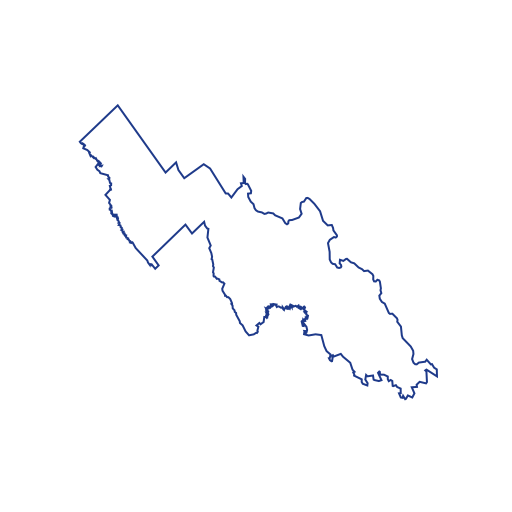 Kurmenes pag., Vecumnieku, Latvia, rotated 243°
{"feature_id": "27541924B36001401326835", "entity_name": "Kurmenes pag.", "entity_type": "district", "adm_level": 2, "iso_a3": "LVA", "parent_name": "Latvia", "parent_adm1": "Vecumnieku", "projection": "robinson", "projection_center": [24.833, 56.463], "detail": "fine", "context": "isolated", "style": "outline", "palette": "blue", "viewbox_px": 512, "rotation_deg": 243, "n_neighbors": 0, "source": "geoboundaries", "source_scale": "gbopen_adm2", "svg_char_len": 6107}
<svg xmlns="http://www.w3.org/2000/svg" viewBox="0 0 512 512"><g transform="rotate(243 256 256)"><path d="M453.0,201.2L437.8,150.9L436.0,151.2L434.8,151.9L435.2,152.5L434.3,153.1L433.1,153.0L433.1,153.6L432.2,153.9L431.5,152.8L431.5,152.0L430.4,151.0L427.0,153.8L423.9,154.9L423.7,154.2L420.5,154.0L420.9,154.6L417.5,155.8L417.9,156.2L415.7,157.0L415.8,157.7L412.5,157.8L411.4,158.2L412.1,158.8L411.8,159.0L409.0,159.8L408.7,159.0L409.3,158.8L408.6,158.3L407.2,159.0L406.8,158.3L406.4,159.6L406.0,159.0L406.0,158.8L408.3,157.3L409.8,157.1L408.1,153.5L404.9,153.8L402.6,155.0L400.5,154.9L395.1,160.8L393.9,160.3L392.2,160.9L391.1,160.1L391.4,159.5L390.1,159.8L387.4,159.1L386.4,159.9L384.8,159.0L384.9,157.6L381.9,156.9L381.3,155.7L381.3,157.0L380.9,156.9L381.0,155.6L378.8,149.6L372.3,151.3L370.0,149.2L366.7,149.8L366.6,149.0L365.9,148.8L365.1,149.2L365.8,149.7L364.9,149.4L364.6,149.1L365.2,148.4L364.8,147.2L363.7,146.7L363.1,147.3L361.8,147.3L361.7,148.0L360.2,147.5L360.5,146.9L359.7,146.4L357.9,147.1L356.7,146.7L356.0,147.3L357.3,147.8L355.1,148.8L356.8,149.2L356.1,150.6L353.4,149.5L353.2,150.3L352.0,150.1L351.7,149.6L352.3,149.2L350.8,148.9L350.3,149.4L348.5,149.3L348.0,148.6L347.4,149.4L346.3,148.7L345.9,147.8L344.7,149.1L343.5,148.8L343.9,148.2L342.1,149.2L341.3,148.6L340.5,149.0L340.2,148.0L339.6,148.5L338.3,148.1L337.8,149.0L337.2,148.2L336.3,148.7L336.0,148.1L335.5,148.4L335.6,149.1L334.3,149.0L333.9,148.4L333.0,148.7L333.0,149.5L331.4,148.7L329.9,150.0L329.2,149.3L328.5,150.1L327.0,150.0L326.4,150.7L325.8,150.8L325.2,149.9L324.2,150.8L324.4,152.0L324.0,152.2L317.7,152.4L301.3,157.1L299.3,156.8L296.3,157.3L296.8,157.6L296.7,158.2L295.3,158.8L295.6,159.3L290.4,160.4L291.8,165.0L302.5,163.4L316.0,207.4L305.1,209.2L310.0,225.3L306.3,224.4L302.7,225.0L301.8,225.9L294.5,221.1L285.9,220.4L284.2,217.9L278.8,217.5L275.2,216.5L273.4,215.0L272.7,215.4L267.9,214.1L266.5,213.1L264.9,213.2L261.0,210.3L259.8,210.4L257.5,209.1L256.8,209.2L256.2,210.2L253.5,210.7L253.4,211.4L251.8,212.7L250.5,212.2L247.8,213.8L247.5,214.7L245.7,215.3L242.1,211.0L240.2,210.4L235.7,210.8L234.6,210.4L234.3,211.2L232.5,211.5L231.8,212.7L229.4,213.5L224.8,213.2L224.2,212.9L224.3,212.3L222.5,212.6L219.9,211.5L217.4,212.2L215.8,211.7L214.3,212.4L212.6,211.7L205.3,211.9L203.6,211.3L200.3,212.6L193.5,212.5L188.5,213.8L187.2,218.4L187.5,221.4L187.0,221.9L187.7,223.2L188.9,223.4L191.9,226.0L193.9,224.9L194.8,228.6L193.1,229.0L193.7,232.8L197.9,235.7L197.2,236.8L197.5,237.1L196.8,237.3L198.2,238.2L196.7,238.5L197.7,239.2L200.6,239.4L200.1,239.9L198.0,240.0L198.4,240.6L200.8,240.6L200.7,241.5L201.1,241.8L201.8,241.5L201.6,241.0L202.3,240.3L203.0,240.4L202.8,241.1L204.7,241.1L203.9,241.7L205.2,242.6L203.9,242.2L203.5,243.2L204.0,243.6L205.2,242.9L205.6,244.1L204.8,245.0L203.6,244.6L203.4,245.1L204.6,246.1L203.1,246.2L205.6,247.1L204.2,247.9L204.5,248.5L205.7,248.4L205.3,249.4L204.1,248.9L204.3,249.7L205.1,250.0L203.5,252.1L203.1,251.4L201.1,251.4L201.2,252.6L200.6,253.5L198.6,254.8L198.4,255.8L197.2,256.0L198.1,256.5L195.8,256.8L196.5,257.3L195.9,258.6L197.2,259.5L197.2,260.7L196.4,261.0L195.0,259.7L194.3,260.5L194.9,261.6L193.6,262.1L194.7,263.2L196.0,263.0L196.8,264.1L194.4,264.5L196.3,265.2L194.7,266.4L194.5,265.7L194.0,265.7L193.6,268.8L192.2,269.4L192.6,271.5L191.3,271.4L190.5,270.4L188.2,271.8L188.4,272.4L191.3,272.5L187.8,273.9L189.1,275.5L189.0,276.1L187.9,276.3L186.3,274.4L183.9,275.5L184.2,273.7L183.1,273.9L182.6,275.1L181.0,274.2L179.2,275.2L177.6,273.9L178.8,273.3L178.9,272.6L177.2,272.4L177.9,271.6L177.6,270.9L175.8,270.4L176.1,269.7L178.0,269.2L176.2,268.0L177.2,267.8L177.0,267.0L172.5,265.9L172.0,266.6L174.9,267.9L170.0,268.8L166.9,268.0L164.8,266.1L164.7,265.4L165.5,265.0L166.5,266.3L167.3,265.0L165.7,264.8L165.9,264.3L164.5,263.3L161.3,266.8L159.2,273.5L155.9,278.3L144.7,275.9L139.2,275.7L134.4,277.7L131.6,275.4L131.8,274.6L129.6,274.6L127.9,275.5L127.8,276.0L130.0,277.7L132.6,278.5L132.7,279.5L131.1,279.6L130.3,287.1L126.8,287.8L118.1,291.5L110.9,290.4L108.1,291.2L108.1,289.8L105.8,289.8L104.9,289.1L98.1,294.2L95.8,293.0L93.7,293.1L90.1,296.4L92.0,297.7L96.3,297.3L100.0,300.1L98.2,300.7L96.4,306.0L92.5,304.7L91.8,305.1L88.8,308.7L88.4,311.4L96.5,311.7L97.1,313.4L96.6,313.7L94.0,312.7L92.1,316.2L88.8,318.7L86.4,317.5L84.2,317.5L84.4,319.7L82.8,320.7L78.2,318.8L77.8,319.1L77.4,322.0L75.2,322.3L72.2,324.7L68.1,322.7L68.7,321.1L64.2,320.8L63.1,322.2L64.6,323.6L60.7,323.9L60.7,324.8L62.8,328.0L59.0,331.0L61.7,334.8L68.3,335.2L66.3,340.0L68.4,340.7L69.6,344.7L65.3,349.7L66.1,351.1L75.7,355.4L77.2,354.9L77.4,356.3L66.6,362.6L72.9,365.6L75.6,364.0L79.8,363.7L80.0,362.6L86.1,361.0L85.0,358.8L87.1,352.7L86.5,350.0L87.3,348.7L89.4,347.9L93.3,348.3L97.2,351.8L100.2,353.0L105.1,352.8L116.2,349.4L119.1,349.9L127.3,353.1L133.3,352.0L134.8,353.1L136.5,353.3L142.7,351.3L143.6,349.1L144.9,348.5L155.1,349.1L157.9,347.3L161.7,346.9L164.7,347.9L166.0,350.8L169.0,351.4L170.5,352.6L176.8,354.7L178.3,354.7L179.7,353.4L178.9,351.1L179.8,349.7L181.9,349.8L185.0,351.5L186.9,351.5L192.2,349.1L193.5,345.4L196.1,344.5L199.2,342.2L204.9,340.2L207.3,337.7L212.2,335.8L212.5,334.9L212.0,331.6L214.5,329.1L211.5,327.2L209.3,327.7L207.8,327.2L207.3,326.3L207.6,324.6L208.9,323.1L212.7,322.8L214.3,320.7L216.2,320.0L219.4,320.1L226.3,323.5L234.8,326.0L236.9,329.1L237.5,334.1L236.3,335.3L236.3,336.0L236.7,337.0L237.7,337.5L243.6,336.6L246.0,337.4L249.2,337.6L250.7,333.8L256.9,331.7L266.8,333.4L276.0,331.7L282.5,329.6L284.3,328.4L284.8,327.1L282.7,323.4L283.2,321.6L282.9,320.0L277.8,316.6L272.9,315.8L270.8,311.7L271.7,304.5L272.8,301.9L272.2,300.6L270.4,299.5L270.2,298.0L272.0,297.0L277.5,296.6L283.6,291.5L286.1,290.7L289.2,286.6L289.2,284.3L289.7,282.6L292.2,281.0L294.7,277.9L296.8,276.7L299.3,276.4L303.3,277.3L306.8,276.0L312.1,275.9L315.2,277.2L314.2,279.9L316.2,281.3L323.6,281.3L324.5,280.8L324.7,279.6L325.8,279.2L329.6,281.3L332.3,280.8L326.6,278.2L327.6,275.6L324.8,275.1L323.9,269.9L319.3,260.6L324.3,259.5L325.5,257.4L354.8,254.8L361.5,251.1L357.9,227.4L367.8,225.9L375.7,227.3L371.4,213.3L453.0,201.2Z" fill="none" stroke="#1e3a8a" stroke-width="2"/></g></svg>